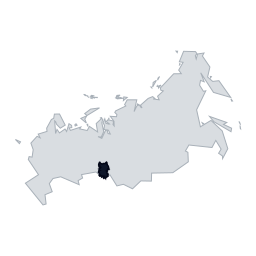 where Omsk sits in Russia
{"feature_id": "RUS-2397", "entity_name": "Omsk", "entity_type": "Region", "adm_level": 1, "iso_a3": "RUS", "parent_name": "Russia", "parent_adm1": "", "projection": "albers", "projection_center": [72.959, 56.006], "detail": "medium", "context": "in_parent", "style": "filled", "palette": "ink", "viewbox_px": 256, "rotation_deg": 0, "n_neighbors": 0, "source": "natural_earth", "source_scale": "10m", "svg_char_len": 5164}
<svg xmlns="http://www.w3.org/2000/svg" viewBox="0 0 256 256"><path d="M227.8,148.7L222.6,158.6L222.4,155.9L218.6,153.3L221.1,149.1L215.8,140.4L212.0,147.5L188.9,145.0L185.4,151.0L187.9,152.3L188.3,161.8L172.8,172.7L151.6,173.1L151.4,181.1L140.8,180.9L132.5,188.8L123.4,184.3L116.9,185.9L110.0,174.9L103.8,178.2L95.9,172.0L81.5,174.6L82.6,178.0L78.1,180.6L79.2,184.7L60.7,176.8L53.0,178.5L49.3,183.6L52.2,191.7L45.0,194.7L46.1,204.0L43.0,204.9L25.4,183.2L38.5,174.7L28.3,159.5L29.1,156.6L32.1,157.1L33.2,149.7L30.9,143.1L37.1,136.3L40.1,137.8L38.2,134.1L47.0,131.4L46.7,128.1L51.4,119.5L53.7,118.3L54.4,114.1L59.5,114.0L65.2,125.1L60.3,128.2L56.5,124.2L55.7,121.8L54.7,120.9L55.6,133.5L57.0,129.4L59.5,132.9L65.0,129.0L66.6,131.5L69.0,123.7L71.6,125.4L71.8,127.6L69.2,127.9L70.4,130.4L80.9,127.0L79.7,128.9L87.2,130.5L89.4,126.4L97.6,131.9L96.2,123.6L101.5,118.5L102.8,119.2L101.8,122.8L103.7,131.6L101.2,137.1L98.0,136.6L101.8,138.4L105.5,130.5L107.0,130.0L108.1,133.6L110.3,134.0L108.4,130.2L103.9,129.5L104.5,125.4L103.1,122.8L104.8,118.8L105.9,123.3L108.7,124.1L109.5,124.0L106.1,121.4L108.6,119.8L113.6,121.2L113.0,124.6L114.2,126.0L114.0,121.3L110.3,116.3L116.5,116.7L116.9,114.5L114.8,112.5L115.6,110.9L125.8,106.0L124.6,104.6L127.2,99.8L136.8,99.8L134.1,111.6L136.8,106.0L139.2,104.9L141.0,107.4L141.4,107.7L141.8,107.6L140.6,105.1L148.2,98.4L152.7,96.6L154.9,98.5L153.2,99.0L159.1,99.8L157.6,96.2L163.3,90.9L160.8,90.2L160.4,87.9L173.7,73.8L181.3,73.7L178.7,70.1L183.1,62.3L179.3,61.8L183.6,51.3L195.5,51.6L196.9,53.6L195.3,55.7L196.2,59.0L197.6,54.0L204.0,53.0L202.4,56.0L209.9,67.0L207.6,77.0L212.7,81.4L218.9,80.7L230.7,97.4L213.5,92.4L200.7,72.8L204.2,81.8L200.5,80.4L199.6,85.2L203.4,91.3L205.8,90.8L196.6,109.8L200.4,126.8L211.0,120.4L222.2,130.9L227.8,148.7ZM99.5,107.9L87.0,115.5L84.7,113.6L90.6,109.1L99.5,107.9ZM209.5,116.4L226.8,122.5L223.5,124.4L231.6,128.2L231.0,131.7L213.9,121.7L209.5,116.4ZM80.8,118.4L86.8,115.8L84.8,119.1L86.4,123.1L80.8,118.4ZM152.7,86.9L153.2,82.4L156.4,80.3L152.7,86.9ZM118.6,97.0L123.0,98.3L117.7,98.8L118.6,97.0ZM116.9,95.4L120.1,95.1L116.1,97.2L116.9,95.4ZM123.8,96.9L127.2,97.4L123.4,100.6L123.8,96.9ZM157.6,80.2L158.0,78.1L159.6,76.5L157.6,80.2ZM15.4,139.5L20.5,141.8L19.4,143.6L15.4,139.5ZM86.3,95.7L88.2,95.9L84.5,95.5L86.3,95.7ZM158.3,86.1L161.0,85.1L158.5,88.0L158.3,86.1ZM77.1,125.2L75.2,126.0L74.8,124.9L76.0,123.8L77.1,125.2ZM89.9,96.1L91.6,96.2L92.3,96.8L89.9,96.1ZM95.4,97.3L94.5,98.1L93.3,97.5L93.7,97.0L95.4,97.3ZM97.1,97.7L95.7,97.4L97.7,97.4L97.1,97.7ZM87.7,124.2L88.0,126.5L87.0,124.6L87.7,124.2ZM118.0,97.7L116.9,98.6L116.0,98.1L118.0,97.7ZM91.1,95.3L93.2,95.6L92.3,96.0L91.1,95.3ZM177.6,51.2L177.2,52.6L176.0,51.1L177.6,51.2ZM85.0,94.6L86.1,95.4L83.6,94.4L85.0,94.6ZM101.6,117.8L99.9,118.0L101.6,117.6L101.6,117.8ZM137.5,103.9L138.7,104.6L137.3,104.6L137.5,103.9ZM179.8,63.1L180.1,64.4L179.5,64.9L179.8,63.1ZM92.6,98.0L91.7,97.4L93.2,98.0L92.6,98.0ZM92.7,96.2L93.2,96.9L92.1,96.2L92.7,96.2ZM238.9,121.4L239.7,122.5L240.5,124.8L238.9,121.4ZM90.9,97.5L91.5,98.3L90.6,98.0L90.9,97.5ZM108.4,119.6L107.2,120.2L108.4,119.6ZM211.4,76.6L210.6,77.8L210.3,76.4L211.4,76.6ZM157.3,85.6L157.8,86.6L157.0,86.4L157.3,85.6ZM202.1,122.7L203.6,123.5L202.8,124.0L202.1,122.7ZM230.9,98.8L232.5,101.0L231.7,101.1L230.9,98.8ZM89.4,97.3L88.5,97.2L88.3,97.0L89.4,97.3ZM109.1,117.8L108.9,118.8L108.6,118.5L109.1,117.8ZM151.7,87.0L151.8,87.9L150.9,87.0L151.7,87.0ZM240.3,128.5L240.0,125.4L240.6,128.8L240.3,128.5Z" fill="#d9dde1" stroke="#a8b0b8" stroke-width="1"/><path d="M99.9,174.4L99.4,174.0L99.3,173.7L99.4,173.1L99.1,172.6L99.1,172.4L98.5,172.4L98.5,172.0L98.9,171.7L99.0,171.5L98.7,171.2L98.8,170.8L99.1,170.7L98.6,170.6L99.1,170.5L99.3,170.3L99.4,169.8L99.2,169.7L99.3,169.4L99.2,169.3L99.4,169.1L99.5,168.9L99.2,168.8L99.7,168.5L99.8,168.2L99.7,168.0L100.2,168.1L100.8,167.6L100.7,167.2L100.0,166.5L99.8,166.4L99.8,166.0L99.3,166.1L99.3,166.4L99.0,166.4L98.8,166.1L98.7,165.8L99.1,165.3L99.0,165.2L99.0,164.9L98.7,164.6L98.7,164.2L99.5,162.3L99.9,162.3L100.2,162.8L100.1,163.7L101.3,163.6L101.6,163.9L102.8,164.0L103.2,163.5L105.0,163.6L106.4,162.1L106.8,162.4L106.4,162.9L106.7,163.2L106.5,163.6L107.3,164.1L107.3,165.0L108.3,166.2L108.6,167.8L107.9,168.7L108.4,168.7L108.3,168.8L108.4,169.1L108.8,169.5L107.8,169.7L107.1,170.5L107.2,170.9L106.7,171.0L107.0,171.2L106.8,171.5L107.1,171.6L106.7,172.1L107.0,172.5L107.0,172.9L107.3,173.2L107.2,173.6L107.6,173.6L107.5,173.8L107.8,173.9L108.1,174.5L107.9,174.7L108.0,176.1L107.4,176.2L107.5,176.5L106.8,177.0L106.3,177.0L106.0,177.5L105.7,177.5L105.6,178.2L105.3,177.7L105.0,177.8L105.0,177.7L104.7,177.6L104.2,177.7L103.8,178.3L103.7,178.2L103.8,178.0L103.5,177.8L103.5,177.6L103.8,177.1L103.7,177.0L103.8,176.9L104.3,176.9L104.4,176.3L104.1,176.3L104.0,176.6L103.7,176.7L103.1,176.6L102.9,176.1L102.3,176.1L102.1,176.3L102.4,176.4L102.5,176.6L102.2,176.6L101.9,176.8L102.0,176.4L101.8,176.2L102.1,176.1L101.7,175.9L101.8,175.7L101.3,175.3L101.4,175.5L101.3,175.8L101.5,175.9L101.5,176.1L101.2,175.8L100.8,175.7L100.5,176.1L100.2,176.1L100.2,175.9L99.7,176.1L99.3,175.5L99.7,175.5L99.7,174.7L99.9,174.4Z" fill="#0f172a" stroke="#020617" stroke-width="1.5"/></svg>